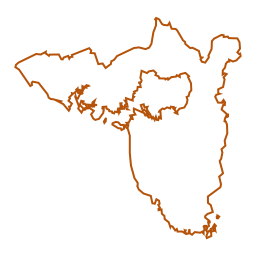 outline of Sorsogon, Sorsogon, Philippines
{"feature_id": "2640588B8238689001419", "entity_name": "Sorsogon", "entity_type": "district", "adm_level": 2, "iso_a3": "PHL", "parent_name": "Philippines", "parent_adm1": "Sorsogon", "projection": "natural_earth1", "projection_center": [123.949, 12.823], "detail": "fine", "context": "isolated", "style": "outline", "palette": "amber", "viewbox_px": 256, "rotation_deg": 0, "n_neighbors": 0, "source": "geoboundaries", "source_scale": "gbopen_adm2", "svg_char_len": 5823}
<svg xmlns="http://www.w3.org/2000/svg" viewBox="0 0 256 256"><path d="M15.4,67.2L19.0,69.5L30.3,86.0L32.0,85.0L31.7,82.9L32.7,81.7L38.5,82.8L47.5,94.2L48.7,97.7L51.1,99.2L52.0,99.0L60.9,101.2L60.1,101.7L58.0,100.6L56.0,100.1L55.8,100.2L63.3,104.1L68.8,110.7L69.9,108.8L69.1,106.6L70.3,106.5L71.9,103.6L68.5,100.8L70.0,98.5L69.2,97.4L72.0,94.7L71.9,93.2L73.3,93.7L76.3,91.3L77.8,91.7L77.1,89.9L75.6,90.3L77.6,88.4L77.7,89.9L79.3,89.9L78.2,92.9L80.3,93.3L81.2,90.4L82.3,90.4L82.4,86.1L84.2,87.1L87.4,84.6L86.7,86.0L88.6,85.6L88.8,85.8L86.3,86.4L86.4,87.6L85.1,87.2L83.3,89.5L82.1,92.6L82.7,94.2L81.9,93.4L79.7,94.6L77.9,98.5L75.9,97.4L75.5,95.7L75.2,96.6L79.0,106.4L78.2,108.5L81.5,112.6L82.8,110.1L85.3,109.6L85.9,107.9L83.6,108.7L79.8,105.0L81.3,100.8L83.4,101.3L82.6,102.2L83.3,104.0L84.6,103.5L86.4,106.0L86.4,104.5L92.1,105.0L92.5,102.4L94.7,100.6L93.4,104.2L97.0,105.1L94.5,105.2L93.9,107.3L93.6,105.5L92.2,106.6L91.4,105.5L89.8,106.8L88.9,106.0L87.0,108.5L89.9,108.2L93.8,110.9L91.1,114.4L93.2,118.5L95.2,119.9L98.9,118.9L103.2,113.0L103.8,108.4L103.3,107.7L103.5,109.0L102.7,108.3L102.2,109.3L102.6,106.9L106.3,106.6L106.5,108.6L109.0,109.8L109.3,111.2L112.0,111.5L112.3,112.9L114.1,113.4L114.9,111.6L117.3,112.2L118.1,108.5L119.7,108.8L120.7,106.7L120.3,103.4L121.5,103.3L121.2,104.9L122.7,106.6L121.7,108.9L124.5,108.7L125.0,105.1L126.7,103.2L125.0,100.8L126.4,101.0L126.0,98.2L132.7,100.5L132.6,98.6L134.0,96.9L133.0,96.7L133.4,93.8L134.7,93.2L134.0,91.7L137.2,90.4L137.7,86.9L140.7,87.1L139.9,82.8L138.2,82.7L141.0,82.2L141.6,80.4L140.4,77.8L141.6,70.8L147.0,73.1L148.9,71.4L153.4,70.5L156.2,73.0L155.5,75.1L158.6,76.4L159.3,78.4L165.0,78.5L165.4,79.4L167.7,78.2L168.2,79.6L171.5,77.1L176.0,76.6L176.8,75.2L179.8,76.9L179.6,74.8L180.6,74.1L185.4,72.9L189.0,76.2L188.0,77.0L191.0,83.3L191.3,90.3L189.5,92.5L188.6,96.1L186.6,97.0L187.5,99.8L186.8,103.3L184.3,107.5L179.5,108.7L177.1,111.5L177.5,113.8L175.0,112.7L176.1,111.8L174.5,109.7L175.1,108.2L172.7,108.9L173.9,107.8L173.9,107.1L170.8,106.7L170.2,108.4L167.1,107.4L164.2,109.1L162.5,108.5L159.5,110.9L159.2,111.6L160.4,111.4L161.0,118.6L159.8,118.3L159.3,115.9L158.2,120.1L156.9,119.9L155.9,116.8L154.7,120.0L153.0,117.0L152.0,118.5L150.7,115.5L150.1,117.3L148.8,117.6L146.5,114.9L145.3,115.5L144.1,113.1L133.9,108.6L133.8,111.7L135.4,114.6L130.1,115.5L130.9,117.1L132.1,116.7L132.7,119.0L130.5,118.8L128.8,122.6L126.6,122.8L128.4,125.0L128.0,126.4L126.8,124.3L124.9,126.2L127.9,129.1L129.8,135.7L129.8,153.0L131.0,165.7L134.5,178.2L137.7,182.9L137.6,186.0L138.3,186.0L137.4,186.3L138.8,189.5L143.5,193.5L150.8,195.9L152.4,203.3L154.8,203.7L156.4,199.3L159.0,200.7L159.6,203.8L158.3,204.9L160.0,207.8L158.5,208.8L158.6,210.2L161.5,209.5L161.9,213.8L164.4,215.9L164.7,219.1L168.7,222.2L170.3,227.0L170.7,225.9L172.6,226.6L175.2,230.4L176.8,229.1L177.5,231.5L182.2,231.5L185.0,233.3L184.8,230.8L185.1,231.1L185.1,230.6L185.4,230.4L185.6,230.4L185.1,231.3L186.3,234.0L188.3,233.5L189.5,229.1L189.7,233.3L192.0,234.7L194.8,232.1L200.3,232.7L201.9,231.8L203.6,233.6L203.6,230.7L204.8,229.7L203.8,226.9L204.7,226.6L204.3,226.5L204.0,226.1L204.1,225.9L206.3,225.9L206.5,227.6L209.0,226.0L208.1,222.1L208.7,220.3L205.2,217.6L205.1,216.2L207.4,214.0L212.8,212.0L210.8,205.1L208.0,202.9L207.9,196.5L220.4,187.2L221.0,184.2L219.2,176.6L223.0,173.3L219.7,161.0L221.2,158.8L222.4,152.5L221.5,149.2L225.4,145.7L224.7,140.7L227.3,133.3L227.0,124.6L225.8,121.6L225.3,121.0L225.1,121.5L224.5,121.3L225.0,118.4L227.1,114.3L221.6,109.5L223.2,105.0L224.8,105.1L225.0,102.3L223.5,100.0L222.4,101.5L223.3,102.8L218.0,102.6L215.2,96.7L216.2,94.8L219.6,93.8L218.3,93.4L218.2,89.3L223.1,87.0L224.6,79.4L223.6,77.3L226.6,74.1L224.5,73.3L222.7,74.5L222.8,70.4L225.0,67.6L225.9,63.7L227.5,61.7L229.2,61.6L229.1,59.7L233.0,61.5L236.3,60.4L240.6,56.1L240.2,53.6L239.1,54.0L237.4,52.4L240.0,48.6L239.5,42.2L237.4,38.4L228.8,38.1L227.8,36.6L223.7,37.0L223.6,35.2L221.3,35.0L214.0,38.7L211.9,41.1L211.6,49.0L208.4,55.7L208.9,57.3L205.2,62.6L201.8,61.7L200.5,59.3L202.3,57.5L200.5,57.2L198.9,51.0L192.6,47.8L190.1,48.0L185.3,43.9L185.1,42.0L183.0,40.3L177.1,30.3L175.7,29.0L171.6,28.7L169.5,22.8L167.8,25.3L163.8,25.0L161.9,23.9L159.2,19.4L156.1,18.0L155.1,19.4L156.1,20.3L156.0,25.4L153.4,32.2L151.4,43.9L149.2,47.6L145.5,49.1L139.0,47.4L134.0,48.0L117.1,56.0L114.0,59.9L111.3,61.3L110.9,64.0L105.6,68.0L102.6,63.5L98.3,64.1L94.7,53.3L90.6,53.0L91.2,50.4L89.2,48.2L71.9,55.0L72.4,56.8L70.3,57.1L69.3,58.7L68.1,55.9L63.6,57.6L62.7,59.4L61.3,59.2L58.8,54.5L49.7,54.6L49.0,55.8L45.6,53.3L45.8,51.8L40.8,54.5L36.1,54.0L18.5,62.6L16.0,64.8L15.4,67.2ZM115.8,121.9L112.6,123.2L112.4,124.6L118.3,128.2L120.8,128.4L121.5,130.0L124.0,128.7L123.8,124.9L120.6,125.0L118.4,122.4L115.8,121.9ZM213.4,228.6L210.9,228.9L211.4,230.9L210.5,232.0L209.5,230.6L208.1,231.6L206.3,236.3L206.8,238.0L211.3,236.0L211.1,231.6L214.0,231.0L213.4,228.6ZM143.7,104.3L140.8,105.1L142.9,111.0L144.2,109.8L146.6,111.7L147.9,111.2L146.7,108.5L147.5,106.8L144.5,107.4L143.7,104.3ZM214.5,224.3L212.6,227.5L213.9,227.7L214.5,229.6L215.3,230.5L214.8,227.6L215.9,225.8L214.5,224.3ZM219.2,216.6L217.3,215.4L217.2,215.9L217.3,216.2L216.7,217.0L216.9,218.2L218.0,218.3L219.2,216.6ZM148.8,112.4L146.6,113.2L146.9,114.2L148.2,113.4L148.3,114.8L150.0,114.7L148.8,112.4ZM104.4,122.9L105.7,121.3L106.0,117.9L103.9,121.6L104.4,122.9ZM228.0,114.8L226.6,115.3L227.2,116.9L228.0,116.4L228.0,114.8ZM206.8,229.1L205.7,229.4L206.4,230.7L206.8,229.1ZM127.6,106.7L127.4,105.6L126.7,106.8L127.6,106.7ZM127.0,108.9L126.1,109.2L127.6,109.3L127.0,108.9ZM119.3,109.9L118.4,109.1L118.3,109.3L119.0,110.0L119.5,111.2L119.7,111.3L119.3,109.9ZM209.6,222.6L208.9,222.0L209.0,222.7L209.5,222.7L209.6,222.6ZM209.6,221.3L208.9,220.8L209.3,221.7L209.6,221.3ZM119.4,112.2L119.0,112.0L119.1,112.8L119.4,112.2Z" fill="none" stroke="#b45309" stroke-width="2"/></svg>